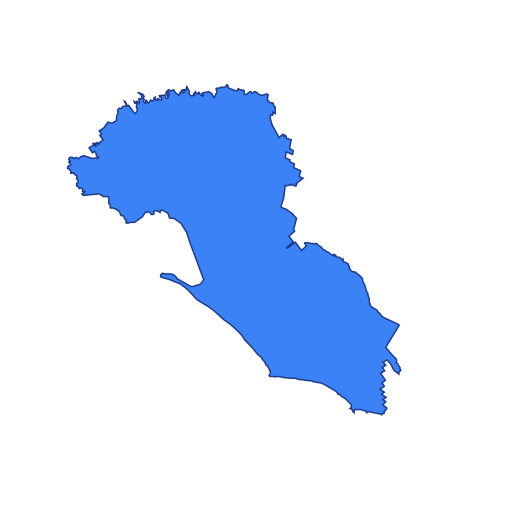 the district of Pajapan, Veracruz, Mexico, rotated 144°
{"feature_id": "50627088B83273722146736", "entity_name": "Pajapan", "entity_type": "district", "adm_level": 2, "iso_a3": "MEX", "parent_name": "Mexico", "parent_adm1": "Veracruz", "projection": "equal_earth", "projection_center": [-94.667, 18.219], "detail": "fine", "context": "isolated", "style": "filled", "palette": "blue", "viewbox_px": 512, "rotation_deg": 144, "n_neighbors": 0, "source": "geoboundaries", "source_scale": "gbopen_adm2", "svg_char_len": 6112}
<svg xmlns="http://www.w3.org/2000/svg" viewBox="0 0 512 512"><g transform="rotate(144 256 256)"><path d="M345.5,295.2L339.4,287.1L333.5,277.5L331.0,269.0L329.4,255.2L324.1,242.5L322.2,236.6L319.5,223.5L316.8,215.5L315.1,207.5L314.1,200.1L314.4,194.9L312.8,183.2L312.6,175.8L311.2,170.7L311.6,168.6L311.2,165.9L311.4,163.5L312.0,162.8L311.4,159.1L312.7,153.0L315.5,151.8L315.7,150.6L311.3,146.9L308.3,145.1L305.1,141.5L299.4,136.4L296.8,134.7L292.6,129.5L291.3,129.0L289.6,126.9L284.4,122.3L283.5,120.6L282.1,119.6L281.8,118.8L278.3,115.3L276.7,112.8L270.8,99.5L270.6,96.9L271.0,96.1L269.8,95.1L269.2,92.1L267.6,88.1L266.4,80.7L266.8,79.0L268.1,77.0L269.4,77.4L268.6,75.6L269.0,73.4L268.8,71.5L267.3,73.4L266.2,73.5L261.5,70.2L258.7,66.4L258.2,64.7L259.2,63.6L257.3,64.8L248.2,55.0L247.5,53.5L246.4,54.0L244.5,53.5L243.6,55.3L243.7,54.9L241.3,55.2L239.8,55.9L239.5,56.5L240.9,60.8L236.6,61.9L237.8,65.2L233.8,65.2L235.7,70.3L232.2,70.4L234.0,75.2L228.7,75.2L228.6,79.3L224.3,79.4L224.1,87.9L219.4,87.4L219.4,91.5L215.2,91.4L215.6,95.4L211.0,94.8L210.5,89.8L211.6,82.4L209.8,76.5L209.0,77.8L205.9,78.5L206.0,80.3L205.3,80.7L205.0,81.7L205.1,84.0L204.7,85.5L205.2,87.1L203.5,88.9L203.1,90.4L204.0,95.8L204.8,105.8L180.8,115.8L181.2,117.3L189.4,132.2L189.7,137.6L190.3,139.5L189.9,140.8L192.6,147.5L192.3,150.4L191.7,150.7L191.0,152.7L189.2,155.4L188.6,158.5L187.9,159.0L187.4,160.7L187.5,161.7L184.9,169.3L184.5,172.7L183.1,175.5L183.4,178.1L185.1,184.6L187.5,187.0L187.9,190.6L187.2,191.1L187.3,191.7L186.7,192.6L186.8,193.5L186.0,195.2L187.2,198.1L188.6,199.8L187.4,202.5L188.6,202.4L189.0,205.3L189.5,206.2L191.0,207.0L191.5,211.0L192.1,211.0L192.6,210.2L192.7,211.8L193.8,212.1L194.2,212.7L195.1,216.1L196.4,218.1L196.6,219.8L197.7,221.0L198.1,225.5L199.1,227.0L199.4,229.7L200.0,230.9L201.5,231.1L202.1,232.3L204.0,233.6L205.5,235.8L208.7,238.0L209.2,237.8L209.4,234.5L215.9,233.8L216.1,244.0L226.0,243.9L226.0,244.9L217.6,245.3L217.7,252.7L210.4,253.3L210.0,253.7L210.1,255.2L201.0,262.7L201.8,267.9L201.5,268.1L204.1,276.1L207.0,280.4L207.0,281.1L199.1,287.1L190.9,295.9L190.4,295.1L188.2,294.0L187.0,294.1L186.4,292.8L185.2,293.1L183.1,289.4L182.0,289.2L181.4,289.8L181.3,290.8L172.2,291.3L174.4,294.9L169.7,298.6L173.6,305.3L170.8,307.9L173.3,312.5L172.0,313.8L174.6,318.3L170.3,322.5L166.8,316.6L163.9,319.3L165.7,323.2L159.1,329.4L161.0,331.2L160.9,332.3L162.3,332.6L162.0,334.6L161.1,335.1L162.0,337.1L163.6,335.7L161.9,337.4L163.0,338.8L167.7,338.2L166.0,352.1L163.8,358.5L161.4,361.7L159.7,360.1L157.8,362.4L156.7,359.9L153.3,364.7L152.9,365.6L153.3,367.3L152.3,369.8L154.3,371.6L154.9,373.3L154.7,374.0L155.3,374.8L154.3,376.6L151.8,378.9L151.4,379.5L151.8,380.3L152.6,381.0L157.0,382.5L158.5,384.8L159.8,389.2L160.8,390.0L162.7,389.6L163.8,390.2L163.5,391.9L164.0,392.4L166.9,392.5L167.9,392.0L169.8,392.9L170.0,393.7L169.7,394.9L168.5,396.4L168.7,397.5L171.2,399.9L172.1,401.9L173.8,400.9L174.8,401.1L175.7,402.2L179.4,407.9L179.3,409.2L178.5,410.5L179.1,411.7L181.1,410.8L182.6,411.1L184.7,413.0L186.3,413.1L189.5,415.0L190.2,414.6L191.2,411.3L191.8,410.8L193.5,410.7L194.5,409.7L196.7,408.9L196.9,409.4L196.3,413.3L197.5,416.6L203.1,419.3L204.2,419.3L204.1,416.8L205.1,416.6L206.3,419.5L205.9,421.7L206.3,422.2L207.2,421.6L208.4,421.8L208.8,422.4L208.4,424.5L211.4,423.7L210.8,422.5L211.6,422.1L214.5,423.8L214.8,426.6L213.2,428.3L212.4,433.6L213.6,432.9L214.5,431.4L216.6,433.1L218.4,433.6L217.0,431.6L217.2,430.5L219.4,431.1L219.5,432.9L220.3,433.0L221.9,432.6L223.9,431.1L225.1,434.9L225.0,438.8L228.0,439.8L228.7,441.7L230.3,441.9L230.5,439.0L232.2,437.1L233.0,439.2L232.6,440.2L231.6,440.0L231.9,441.4L232.6,441.4L233.1,440.6L233.8,435.9L235.2,435.8L236.1,436.7L234.9,439.6L239.9,442.5L240.5,440.8L239.3,440.8L239.6,438.8L240.4,437.9L242.3,439.2L242.9,441.0L243.9,440.8L244.4,439.9L245.3,440.7L245.4,442.7L244.3,443.0L244.2,443.9L245.1,444.0L247.3,442.3L249.3,442.7L249.5,444.1L252.8,442.9L253.6,443.8L253.0,445.9L253.7,446.7L255.5,444.6L256.2,445.2L256.4,446.4L255.8,447.5L254.4,448.4L254.6,449.9L254.2,450.4L252.7,450.7L252.5,453.2L254.9,457.1L255.3,457.2L254.4,455.2L254.2,453.3L254.8,452.0L256.6,450.6L258.5,452.0L260.5,448.3L261.8,451.4L263.0,450.6L263.8,452.6L264.3,450.8L262.7,449.1L265.0,447.2L266.3,443.5L269.7,442.1L270.4,443.5L270.5,452.7L271.9,453.2L271.0,457.6L271.5,458.5L272.5,453.4L276.0,455.4L278.3,454.4L279.5,455.8L280.9,455.9L282.4,455.0L283.7,452.6L286.4,451.2L289.6,447.4L291.6,448.0L293.8,447.8L295.2,448.8L296.9,451.3L301.0,450.2L303.1,449.1L309.3,449.4L309.4,445.3L311.4,445.4L311.6,439.7L316.7,439.9L316.7,438.9L317.5,439.0L318.2,439.4L318.0,441.2L319.4,441.5L320.3,440.9L320.3,439.0L320.8,438.9L321.8,439.9L320.8,441.4L321.0,442.7L321.7,442.8L322.1,441.4L327.5,441.6L327.7,435.7L325.1,435.5L325.2,432.9L326.1,430.8L325.4,428.5L326.5,428.6L326.8,428.0L327.3,429.1L331.1,431.1L336.4,438.4L339.5,439.4L342.4,438.9L343.4,441.4L346.1,441.8L346.0,443.0L348.1,445.0L349.0,445.2L350.8,444.2L350.7,441.7L352.2,442.0L352.4,441.6L351.8,440.0L352.4,438.4L355.0,439.2L356.1,438.7L357.0,437.4L356.1,436.5L355.9,435.4L356.2,432.3L357.0,432.3L357.2,431.8L354.7,430.3L354.8,428.5L354.0,426.7L354.4,424.8L355.6,424.4L355.9,421.4L356.7,419.7L358.4,420.3L359.9,418.4L359.2,416.3L359.4,414.4L357.9,414.1L357.1,413.2L357.1,412.1L358.3,410.5L358.1,409.7L356.6,409.4L356.3,408.6L357.8,408.0L360.0,408.7L360.6,408.1L359.7,406.2L346.3,398.5L344.5,393.7L340.5,390.8L341.6,388.4L344.2,385.1L344.1,382.4L345.6,380.9L345.3,380.1L343.9,379.4L341.7,376.1L340.6,372.6L340.5,371.7L341.4,368.6L341.3,367.9L339.7,366.7L339.6,365.8L340.4,363.8L340.0,360.3L341.5,359.8L341.6,359.1L340.4,357.9L337.2,356.7L334.5,354.6L325.0,354.5L319.5,356.4L316.7,354.4L316.2,353.5L316.3,351.1L315.3,350.4L314.1,349.9L312.3,352.2L311.0,352.0L308.8,349.7L308.0,347.6L306.4,348.9L304.9,348.3L302.5,343.3L302.3,341.2L303.7,337.6L300.2,334.6L297.5,326.6L298.2,316.0L301.3,306.6L312.2,267.7L315.3,266.3L318.3,266.1L319.5,266.2L320.8,267.2L324.8,268.2L326.9,270.1L333.0,283.7L333.1,286.9L333.9,289.7L335.9,291.9L339.7,294.6L341.9,297.1L344.1,296.8L345.5,295.2Z" fill="#3b82f6" stroke="#1e3a8a" stroke-width="1.5"/></g></svg>